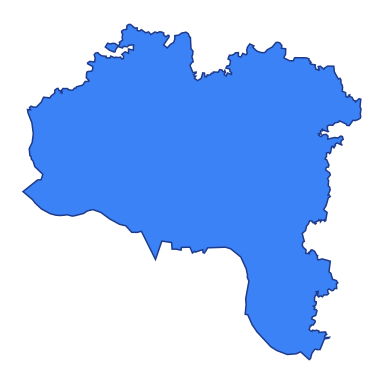 outline of Rajshahi, Rajshahi, Bangladesh
{"feature_id": "16705992B51815672792645", "entity_name": "Rajshahi", "entity_type": "district", "adm_level": 2, "iso_a3": "BGD", "parent_name": "Bangladesh", "parent_adm1": "Rajshahi", "projection": "mercator", "projection_center": [88.705, 24.415], "detail": "fine", "context": "isolated", "style": "filled", "palette": "blue", "viewbox_px": 384, "rotation_deg": 0, "n_neighbors": 0, "source": "geoboundaries", "source_scale": "gbopen_adm2", "svg_char_len": 5824}
<svg xmlns="http://www.w3.org/2000/svg" viewBox="0 0 384 384"><path d="M309.2,359.6L310.5,358.6L311.8,353.5L314.5,349.6L315.5,349.1L317.2,349.7L320.1,349.5L324.4,338.9L328.8,338.2L329.5,337.3L325.1,337.6L324.5,336.3L326.7,334.3L325.6,333.5L325.9,332.5L325.3,331.9L318.8,332.4L318.9,331.0L316.7,330.2L315.0,330.7L312.7,330.2L312.0,331.4L309.1,329.7L310.3,325.7L311.3,325.8L311.8,324.9L313.3,325.0L315.2,322.0L315.0,320.5L311.6,318.9L312.5,316.7L315.7,315.5L317.0,310.7L316.1,309.6L314.1,309.4L314.9,307.3L313.3,306.1L315.5,305.4L316.2,303.5L316.2,301.7L314.6,301.5L314.5,298.5L314.9,296.0L315.9,295.5L316.7,292.6L316.1,291.8L318.2,291.3L317.6,295.7L318.8,297.0L320.2,295.8L322.5,296.8L324.1,294.8L326.9,295.0L328.7,293.6L327.6,291.4L327.8,289.8L328.9,288.9L331.8,290.7L333.2,290.4L334.8,288.4L336.7,288.6L336.4,284.0L337.8,282.9L336.4,280.6L332.5,279.2L330.9,273.4L329.0,271.8L330.3,261.2L322.3,258.9L318.0,259.9L317.3,257.9L317.6,255.6L317.0,255.6L314.6,251.3L312.0,249.8L310.5,250.4L310.8,251.4L308.8,252.3L309.4,253.6L305.7,253.3L306.1,249.9L303.2,247.3L302.2,245.0L303.1,241.7L304.3,241.4L302.2,233.5L305.5,230.6L306.6,226.0L308.4,223.9L309.7,220.7L311.9,221.0L312.3,222.1L313.3,222.9L314.1,222.4L315.2,224.1L316.1,223.4L315.1,222.2L318.4,220.8L318.9,219.7L320.0,220.8L320.4,220.4L320.5,221.8L321.9,220.1L323.9,220.3L324.9,219.7L324.7,221.2L325.7,220.7L327.1,212.4L324.0,210.0L323.9,209.2L326.1,205.6L328.3,197.8L330.2,196.6L329.2,195.0L328.0,195.0L330.2,189.9L329.6,187.1L328.2,185.8L328.6,180.5L327.5,178.7L330.3,174.9L329.7,172.9L325.5,169.8L326.5,167.2L328.3,167.1L329.0,165.2L326.6,159.6L325.2,159.2L325.3,158.0L326.5,156.7L326.5,153.0L329.0,152.4L329.6,153.5L330.5,152.8L331.7,146.6L332.8,146.3L333.5,147.7L334.1,147.8L334.7,146.1L335.4,145.8L335.1,144.3L337.0,142.9L341.7,145.0L341.8,144.4L340.4,143.3L341.6,140.4L343.2,139.4L342.4,136.6L340.9,136.0L337.9,138.0L334.9,137.5L327.7,139.0L328.0,136.1L326.1,134.3L323.2,134.7L321.0,136.6L318.9,135.4L319.5,134.6L318.6,133.9L320.1,133.6L320.3,133.0L321.0,133.7L320.5,131.1L321.3,130.8L322.6,128.5L322.5,130.7L323.7,130.2L327.9,131.7L328.4,131.4L327.6,130.7L327.3,126.1L329.5,125.0L332.8,125.3L334.8,123.0L338.8,122.0L339.5,120.8L346.1,124.0L346.9,125.4L349.3,125.6L352.9,120.3L355.0,120.6L358.2,119.5L360.3,118.2L360.7,116.7L360.3,113.7L361.0,109.1L360.0,106.6L360.8,99.2L359.1,98.7L355.5,101.9L355.1,100.7L353.4,100.2L352.2,97.5L349.6,96.3L349.7,94.8L348.6,95.3L347.8,97.3L345.9,96.5L345.6,92.6L342.3,91.3L342.6,87.2L342.2,85.1L340.9,83.2L341.0,80.1L340.0,78.3L338.4,79.1L335.5,74.0L334.3,71.6L333.8,66.2L327.6,66.1L324.2,68.3L323.9,69.2L320.3,66.2L318.2,66.6L319.3,70.0L318.6,70.3L317.6,69.5L316.0,69.4L315.1,66.5L315.3,64.9L310.5,64.0L309.9,63.3L311.0,62.6L310.4,61.3L309.0,60.5L309.0,58.8L306.1,57.8L295.2,57.7L294.4,58.0L293.4,60.7L289.7,60.8L284.1,58.0L284.0,57.1L285.5,54.6L285.7,48.8L281.4,48.2L281.9,45.6L279.8,42.9L277.9,42.3L276.0,42.5L272.4,46.9L267.1,49.9L265.5,52.0L263.9,52.7L260.8,52.5L256.9,51.1L252.7,47.2L253.9,45.9L249.8,43.9L247.4,47.3L246.7,50.6L247.3,53.1L246.1,54.8L242.8,53.4L240.9,57.1L240.0,56.9L238.4,56.2L238.4,52.6L235.4,52.8L234.1,54.2L231.7,55.3L229.8,55.1L229.1,55.9L228.0,58.9L230.4,60.4L230.0,64.3L229.1,65.6L227.0,66.0L225.9,68.1L229.7,69.0L230.0,71.5L231.5,72.6L231.4,74.4L227.4,73.0L226.1,76.0L224.1,74.5L225.4,72.1L224.8,70.5L224.0,71.9L222.7,71.4L221.9,70.0L219.7,69.6L218.3,72.2L213.3,72.0L212.9,73.2L211.5,73.2L209.9,75.1L207.2,74.9L206.5,76.8L204.9,76.7L204.5,73.1L202.8,72.8L201.2,78.4L197.6,80.6L194.5,78.3L195.8,76.1L194.3,76.2L193.6,74.8L196.1,73.0L196.2,72.1L192.9,72.6L190.0,65.4L191.8,62.6L193.2,61.8L191.9,56.2L192.6,55.0L193.0,51.2L191.0,48.7L190.4,37.3L189.6,37.1L188.3,33.8L186.0,32.2L181.5,33.1L178.9,35.1L174.8,35.6L174.8,39.2L173.6,42.5L170.4,44.4L167.2,47.9L163.6,44.9L168.9,37.2L169.2,36.0L168.8,35.4L168.1,35.2L166.0,36.8L163.5,34.8L163.8,33.1L161.7,32.0L159.2,31.8L157.8,32.9L154.9,32.0L150.9,34.5L148.6,31.9L145.6,32.8L141.5,29.7L139.5,31.0L137.8,30.7L137.2,30.3L137.2,27.9L134.7,28.0L130.6,24.5L128.9,24.4L127.0,25.5L126.6,29.2L123.2,30.0L121.7,31.2L121.6,32.3L122.6,34.0L122.1,37.5L122.6,40.1L119.3,42.3L119.9,43.1L119.2,45.2L117.8,45.5L115.1,43.5L112.4,43.3L110.3,44.0L107.6,43.2L105.3,47.0L109.5,50.2L114.2,52.1L115.2,51.6L115.6,49.7L117.9,46.5L122.5,48.0L123.4,46.4L127.5,46.8L128.9,45.2L133.5,44.9L133.3,50.2L128.5,49.0L128.5,53.3L125.2,51.8L121.8,54.3L123.5,56.0L123.3,58.7L121.4,58.8L120.6,57.1L118.1,57.6L115.7,57.1L114.8,57.8L110.7,56.1L110.1,57.9L106.8,57.9L105.9,57.3L106.2,56.3L101.7,55.8L98.9,54.0L97.9,52.6L95.3,53.2L94.2,54.9L95.2,58.0L94.6,61.9L89.7,61.4L87.5,63.0L87.8,63.9L92.8,66.6L92.7,69.0L91.8,71.1L88.0,71.5L86.9,72.1L86.6,73.3L86.3,77.7L88.8,80.3L88.9,81.3L85.1,81.5L82.7,85.1L76.5,86.8L75.8,88.1L74.6,88.1L72.5,90.3L68.5,89.8L67.7,88.6L63.0,88.5L61.8,90.0L62.0,93.1L60.9,92.8L61.2,90.7L59.2,90.7L58.0,88.4L57.1,88.5L54.9,90.0L54.7,93.2L51.2,95.9L49.8,97.9L43.6,97.2L41.2,102.2L36.4,107.1L33.9,107.2L31.0,106.2L29.5,107.5L30.5,109.9L27.5,109.5L28.1,113.1L31.9,122.8L33.3,133.7L32.2,142.4L29.2,148.7L29.9,155.6L31.3,157.0L31.2,158.9L33.1,161.1L34.8,166.6L42.8,174.3L41.1,179.7L37.5,180.0L23.0,191.6L32.7,199.8L35.0,202.9L41.4,208.9L50.0,213.6L55.9,215.2L60.7,215.5L67.5,214.8L72.2,216.1L74.9,215.7L83.7,213.4L87.4,210.9L92.8,209.6L100.8,212.4L109.8,219.0L119.5,224.3L125.8,225.8L131.7,232.3L137.1,232.4L141.4,231.3L155.5,259.5L161.8,241.1L171.6,242.5L172.1,249.2L175.7,249.1L181.1,250.1L181.4,247.4L190.0,247.2L192.4,253.0L194.6,251.4L195.3,252.1L202.7,249.7L203.1,252.7L204.5,253.0L207.7,247.8L225.5,247.2L230.7,248.8L240.8,257.0L246.2,268.8L247.5,274.8L247.3,277.3L248.9,281.2L245.7,298.7L246.1,304.6L245.2,314.4L247.7,314.6L252.2,324.8L257.1,332.0L270.9,346.8L277.0,350.6L287.4,354.5L296.3,353.8L300.6,351.8L309.2,359.6Z" fill="#3b82f6" stroke="#1e3a8a" stroke-width="1.5"/></svg>